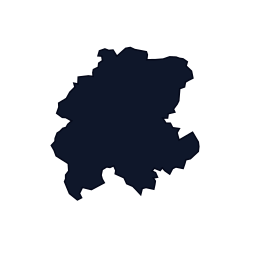 outline of Camargo, Rio Grande do Sul, Brazil, rotated 122°
{"feature_id": "56859067B59406769241817", "entity_name": "Camargo", "entity_type": "district", "adm_level": 2, "iso_a3": "BRA", "parent_name": "Brazil", "parent_adm1": "Rio Grande do Sul", "projection": "albers", "projection_center": [-52.218, -28.61], "detail": "fine", "context": "isolated", "style": "filled", "palette": "ink", "viewbox_px": 256, "rotation_deg": 122, "n_neighbors": 0, "source": "geoboundaries", "source_scale": "gbopen_adm2", "svg_char_len": 1532}
<svg xmlns="http://www.w3.org/2000/svg" viewBox="0 0 256 256"><g transform="rotate(122 128 128)"><path d="M189.7,174.2L189.8,159.8L195.8,155.5L200.9,156.0L204.2,153.9L207.1,153.4L211.0,148.0L214.6,142.9L215.8,132.8L211.7,130.4L209.2,134.5L202.5,135.2L199.6,126.4L187.0,119.1L185.0,122.8L182.3,125.8L177.0,127.8L172.3,125.5L171.0,122.4L167.6,120.1L170.5,115.8L173.6,114.6L172.3,105.0L175.9,99.6L174.9,93.0L176.0,88.5L177.8,81.9L171.8,83.9L168.9,81.2L166.2,73.7L161.7,75.3L158.5,76.7L157.0,80.1L154.1,76.9L151.3,81.0L151.8,84.9L148.1,84.4L147.0,78.2L143.6,77.8L144.7,74.0L145.0,68.2L138.9,68.7L135.7,66.8L133.1,59.8L128.0,61.0L124.3,62.1L121.0,58.8L110.6,56.0L106.2,58.1L102.6,61.0L97.4,71.0L111.2,78.3L106.0,83.9L101.3,84.1L104.1,90.3L101.5,94.6L103.8,98.3L101.2,103.8L98.6,99.7L94.6,101.5L89.7,96.7L87.9,99.5L81.7,99.0L78.0,99.4L67.2,105.0L63.2,101.8L58.7,103.6L55.4,101.9L51.3,99.4L46.1,104.3L44.6,111.6L40.4,112.8L40.2,118.0L41.6,121.2L42.4,124.8L45.6,130.4L50.9,134.7L55.7,141.2L60.2,148.3L55.6,150.4L53.6,152.8L57.9,163.9L58.5,168.7L61.7,172.2L73.0,175.5L69.8,182.0L72.4,185.4L73.2,189.5L77.7,193.1L82.7,191.7L80.9,188.3L84.4,185.3L88.5,187.2L92.2,185.4L96.7,188.3L99.6,187.2L102.7,184.9L104.8,189.2L111.2,197.2L117.2,193.8L118.7,197.7L121.4,194.7L128.4,196.3L135.6,195.9L143.6,200.0L146.9,197.7L153.3,196.3L153.8,189.4L152.1,186.3L151.8,179.5L156.8,181.0L160.3,180.8L162.8,183.1L166.9,184.0L169.8,185.4L175.4,184.3L178.1,182.8L183.4,183.8L186.1,178.8L189.7,174.2Z" fill="#0f172a" stroke="#020617" stroke-width="1.5"/></g></svg>